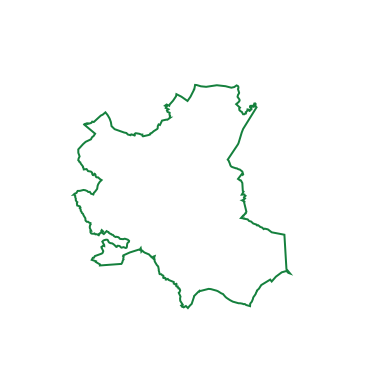 outline of Tototlán, Jalisco, Mexico, rotated 215°
{"feature_id": "50627088B76756657646765", "entity_name": "Tototlán", "entity_type": "district", "adm_level": 2, "iso_a3": "MEX", "parent_name": "Mexico", "parent_adm1": "Jalisco", "projection": "albers", "projection_center": [-102.723, 20.538], "detail": "fine", "context": "isolated", "style": "outline", "palette": "green", "viewbox_px": 384, "rotation_deg": 215, "n_neighbors": 0, "source": "geoboundaries", "source_scale": "gbopen_adm2", "svg_char_len": 6073}
<svg xmlns="http://www.w3.org/2000/svg" viewBox="0 0 384 384"><g transform="rotate(215 192 192)"><path d="M287.4,122.1L287.0,122.5L286.5,122.4L285.9,121.8L285.4,121.8L284.4,120.5L283.4,120.0L282.6,118.7L281.0,117.9L280.1,117.9L279.8,116.7L278.3,115.1L275.6,115.9L275.2,115.7L274.5,115.3L274.7,114.4L273.2,113.9L272.4,112.8L271.1,112.4L270.3,111.7L268.8,111.6L267.3,110.6L264.3,109.3L262.9,107.6L262.3,107.4L260.9,107.3L260.1,108.0L258.8,107.9L257.3,108.3L256.9,107.5L256.5,107.4L256.4,106.2L255.7,104.7L254.8,103.7L252.3,102.4L252.9,101.9L252.0,100.7L250.9,100.3L250.0,100.5L248.8,101.3L248.1,101.8L248.0,102.1L246.9,101.9L246.3,102.5L245.3,102.9L243.6,103.1L243.7,104.7L244.0,104.7L243.2,106.8L243.3,108.0L244.0,108.1L244.1,109.0L242.2,108.7L242.3,107.0L240.1,107.0L239.5,111.0L238.4,111.0L237.5,111.3L236.8,110.9L235.1,110.9L234.3,111.2L233.5,111.0L232.2,111.5L230.3,111.1L228.8,111.3L228.2,112.0L226.4,112.7L225.5,112.7L224.5,112.3L223.7,112.5L221.3,113.9L220.5,115.0L219.7,115.4L217.2,116.1L215.5,115.9L215.1,115.1L215.5,113.6L215.4,112.5L213.8,109.5L213.7,108.8L214.2,108.1L216.4,107.6L217.8,106.0L218.6,105.9L220.0,106.2L220.9,106.0L222.1,105.3L222.3,104.8L222.2,103.8L222.7,103.6L225.1,104.1L227.1,104.2L228.0,104.1L229.3,103.4L230.6,103.1L231.7,103.3L233.4,104.3L233.9,104.3L235.0,103.7L236.3,102.2L236.8,101.2L237.0,99.9L233.5,98.2L232.9,97.4L233.8,97.2L234.1,96.9L234.2,96.2L234.7,95.1L234.3,94.6L234.0,94.7L233.8,94.3L230.8,92.7L230.3,91.0L230.6,89.8L234.8,83.8L234.7,81.9L235.5,81.2L235.2,78.9L230.9,80.2L230.7,79.5L225.8,79.9L225.3,79.0L208.6,92.6L208.7,94.2L209.4,96.3L209.4,97.5L210.0,97.8L210.9,99.8L211.7,99.9L211.9,100.7L208.2,106.9L202.6,114.2L201.8,114.5L201.8,116.6L199.4,114.2L199.4,115.4L198.9,115.5L197.9,115.2L196.1,115.2L191.4,116.2L188.7,115.6L188.3,115.8L187.6,115.3L186.9,115.5L186.5,117.0L185.8,118.0L185.2,116.2L185.3,115.2L184.1,115.0L183.9,115.2L183.0,114.0L182.2,113.5L178.9,112.0L177.0,111.6L174.9,109.6L174.2,108.6L172.7,107.4L171.9,106.5L171.4,106.2L169.9,107.0L168.5,106.7L167.9,107.0L167.3,106.9L166.9,106.5L166.5,105.4L166.2,105.2L165.7,105.4L164.8,106.2L164.0,106.1L163.3,105.2L162.9,105.4L162.0,106.9L160.5,106.6L155.3,107.8L154.4,106.5L152.9,106.7L152.2,107.8L151.8,107.7L151.5,106.6L151.0,105.9L150.6,105.8L149.5,106.4L148.9,105.6L148.0,105.8L147.6,105.3L146.8,105.6L145.3,104.7L144.8,103.1L145.0,101.8L141.5,99.8L140.8,98.1L139.2,96.1L134.8,94.3L135.7,92.8L134.1,92.3L133.1,92.8L132.6,92.8L131.6,95.1L128.8,94.6L128.6,97.5L128.1,100.2L130.3,107.5L130.6,107.8L129.5,114.3L129.0,114.4L129.1,115.6L128.3,115.8L122.8,122.2L120.8,123.3L115.2,125.3L113.7,125.6L109.8,125.8L108.1,126.2L104.6,125.3L103.0,125.1L99.0,125.2L95.7,125.6L90.0,127.6L88.7,128.5L86.5,129.5L85.6,129.6L84.5,130.5L82.8,130.5L79.0,131.8L80.3,134.0L80.1,136.5L80.8,139.5L81.2,140.3L81.4,141.7L81.3,142.9L81.4,145.2L81.8,146.4L81.9,148.0L82.3,148.5L81.7,151.1L81.9,155.5L77.7,165.1L75.4,164.4L74.7,170.8L72.4,177.7L69.3,181.5L66.7,181.0L64.9,181.5L70.4,183.0L91.8,210.0L103.6,204.7L108.4,204.9L111.4,203.7L112.0,202.7L114.0,203.1L116.4,202.5L117.0,202.7L118.9,202.7L119.4,202.0L119.9,201.9L120.5,202.3L123.8,201.3L126.6,201.7L128.6,201.0L130.7,201.5L134.2,199.9L134.3,200.2L136.9,198.8L136.7,200.8L136.2,202.1L136.5,202.2L135.8,205.0L136.1,205.0L136.1,207.0L143.6,213.6L143.4,214.0L143.5,214.2L146.0,213.9L145.4,214.6L145.6,214.8L145.1,215.7L144.9,217.1L146.2,217.1L146.4,217.9L146.0,219.5L146.8,219.5L147.6,220.0L149.7,218.4L150.0,221.9L151.0,222.0L155.9,228.2L158.5,229.5L159.0,229.5L159.3,229.1L161.8,229.1L161.5,235.3L160.3,235.1L160.2,235.8L162.5,237.6L165.7,237.8L167.2,237.2L168.9,237.1L169.3,236.7L173.4,235.5L174.6,235.4L175.6,235.7L178.5,237.8L179.1,238.0L179.9,238.7L181.3,239.0L181.7,257.4L182.0,259.0L185.4,269.3L186.3,273.0L187.7,298.4L189.2,298.7L190.5,300.7L191.1,300.8L191.7,300.2L191.4,299.6L191.4,298.1L190.5,297.9L190.3,297.2L191.1,296.9L191.4,297.1L191.4,296.8L192.1,296.5L192.5,296.8L193.0,296.6L193.6,296.0L193.6,295.4L193.0,294.7L192.5,294.7L191.8,295.2L191.5,294.4L190.8,294.1L190.7,293.6L191.7,292.7L191.7,292.4L191.2,291.9L191.4,291.4L192.0,291.4L193.3,291.8L193.9,291.5L193.4,290.5L193.4,289.2L193.7,288.2L193.0,287.6L192.9,287.1L193.5,286.5L193.8,285.6L194.8,285.0L197.2,286.2L198.6,286.0L200.2,286.3L201.3,287.6L201.1,288.6L206.2,289.3L205.4,292.4L205.4,294.1L206.2,295.0L209.3,296.1L210.0,297.9L210.1,299.8L210.3,300.3L213.4,302.7L213.6,303.8L214.3,304.7L215.1,305.1L216.6,304.9L217.6,302.2L219.6,300.0L225.2,297.9L232.9,293.7L240.7,286.3L245.3,283.7L249.5,282.3L250.9,281.5L249.1,277.6L249.3,277.1L249.0,276.8L247.9,269.2L247.9,264.0L255.4,264.0L260.9,263.2L260.0,261.3L259.9,255.9L260.5,250.9L260.1,249.6L263.0,249.1L263.6,247.2L261.7,247.5L261.7,245.8L258.7,246.2L259.3,244.4L258.0,243.6L255.8,244.1L254.7,242.3L253.7,241.9L252.9,240.0L252.5,240.3L253.6,237.1L254.5,236.6L257.5,233.3L256.7,228.5L258.1,228.2L257.8,226.3L256.7,224.6L256.6,223.8L258.3,219.7L258.8,217.5L259.7,216.1L259.7,215.6L259.3,215.2L260.2,213.8L264.1,209.5L264.8,209.6L265.5,210.4L265.6,210.2L268.7,209.4L271.8,207.9L272.3,206.8L271.4,205.7L271.4,205.4L274.6,204.5L274.9,204.2L274.9,203.3L277.5,202.3L279.6,202.7L281.7,201.8L291.4,199.1L295.7,199.8L298.5,202.7L301.6,204.9L305.2,206.6L308.6,207.6L309.5,204.1L310.5,202.4L312.6,193.0L314.1,192.4L314.1,191.0L314.6,190.2L316.6,187.8L316.9,188.4L317.5,188.0L317.8,187.3L318.4,186.8L319.1,185.8L319.1,185.4L304.8,184.2L304.7,181.4L305.3,179.5L305.0,177.2L307.9,172.1L308.7,168.7L309.6,161.7L307.6,158.9L304.5,156.7L304.1,154.4L303.4,152.8L302.2,152.5L301.7,152.1L300.5,152.2L299.6,151.5L295.8,150.3L295.4,149.6L294.5,149.3L293.6,148.4L291.5,150.3L289.1,149.5L286.6,150.7L285.1,150.6L284.0,149.5L283.0,149.0L282.5,149.2L282.3,149.7L282.4,151.0L281.9,151.1L281.0,150.8L280.1,149.8L279.1,149.3L278.3,149.4L277.4,150.1L274.7,149.8L272.9,149.9L273.4,147.3L273.3,144.7L272.9,143.0L271.5,140.2L271.6,136.7L271.9,135.1L271.4,133.4L273.8,132.7L275.8,133.5L277.0,132.5L278.4,132.7L280.5,132.2L282.1,131.4L284.5,128.6L286.3,127.3L286.1,124.9L287.2,123.2L287.4,122.1Z" fill="none" stroke="#15803d" stroke-width="2"/></g></svg>